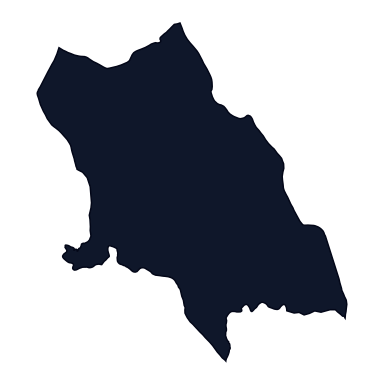 Phine, Savannakhét, Laos (Albers equal-area conic projection)
{"feature_id": "54806243B87203647312357", "entity_name": "Phine", "entity_type": "district", "adm_level": 2, "iso_a3": "LAO", "parent_name": "Laos", "parent_adm1": "Savannakhét", "projection": "albers", "projection_center": [105.988, 16.434], "detail": "fine", "context": "isolated", "style": "filled", "palette": "ink", "viewbox_px": 384, "rotation_deg": 0, "n_neighbors": 0, "source": "geoboundaries", "source_scale": "gbopen_adm2", "svg_char_len": 5860}
<svg xmlns="http://www.w3.org/2000/svg" viewBox="0 0 384 384"><path d="M261.0,133.2L259.0,130.5L256.2,127.4L254.7,124.8L253.4,122.1L252.4,119.2L251.3,117.3L250.2,116.1L248.1,115.3L247.0,115.6L245.0,117.3L243.9,117.9L242.9,118.2L240.6,118.7L239.0,118.5L238.1,118.2L236.1,117.4L234.1,116.6L232.3,115.6L229.9,114.0L228.0,112.0L226.7,109.9L225.1,107.8L223.7,106.3L221.2,105.0L219.3,104.6L217.3,103.6L214.6,101.1L213.8,99.8L212.4,96.9L211.1,92.8L210.9,91.3L211.9,89.4L212.2,86.5L212.0,82.0L211.6,79.4L210.9,77.2L209.7,74.5L207.0,69.1L203.5,63.2L202.2,60.3L198.7,53.6L197.0,51.0L193.1,46.3L189.9,42.7L187.3,39.4L184.8,35.2L183.1,31.3L182.1,28.3L180.0,23.0L177.3,23.9L174.3,24.4L171.3,27.4L170.1,28.7L167.7,31.0L166.4,32.4L164.4,33.8L161.4,36.5L160.3,37.6L160.0,39.0L160.3,39.8L160.6,40.3L160.9,40.8L160.5,41.9L159.9,42.4L159.4,42.6L158.5,42.9L157.2,43.0L155.5,42.7L154.0,43.1L151.2,44.1L149.4,45.3L145.3,47.5L140.9,49.3L139.2,49.9L137.0,50.8L135.4,51.6L133.7,52.8L132.2,54.8L129.5,60.6L127.4,62.3L121.2,65.0L116.6,66.5L109.8,68.1L107.6,68.5L106.8,68.5L105.4,68.0L103.7,67.2L99.4,64.7L96.8,63.3L93.2,61.6L89.1,58.9L87.8,57.9L86.2,57.1L84.5,56.6L80.8,56.4L78.8,56.1L74.5,55.1L70.3,53.4L68.0,52.6L65.5,51.3L63.2,50.3L59.0,47.7L57.0,53.9L54.2,60.5L51.8,64.6L49.2,69.5L48.2,71.3L40.3,86.7L38.5,89.6L38.1,90.9L37.4,92.2L37.2,93.6L37.5,95.2L38.6,98.3L40.4,104.5L43.4,111.2L45.4,114.7L47.3,118.7L51.7,124.8L53.7,126.5L55.9,128.1L58.9,130.5L61.1,132.7L67.2,139.6L69.4,143.1L70.6,145.3L71.1,147.1L71.8,150.6L72.3,152.5L74.3,159.0L74.6,160.7L75.7,164.7L76.0,166.2L76.6,167.6L77.0,168.7L77.1,169.4L82.6,172.2L87.2,177.6L90.2,186.7L91.5,202.8L91.0,207.9L89.3,215.2L90.0,219.6L90.4,226.6L90.2,230.6L91.0,236.1L89.4,240.1L87.8,241.8L84.1,243.6L83.9,243.3L83.2,243.3L82.5,243.5L81.8,243.9L81.5,244.2L81.3,245.4L80.9,246.4L80.6,247.4L80.5,247.7L79.3,248.3L78.9,248.5L78.2,249.6L77.9,250.6L77.7,251.1L77.4,251.2L77.2,251.1L77.0,249.9L76.9,249.6L76.2,249.3L76.0,249.2L75.5,249.3L74.4,250.1L74.2,250.2L73.8,249.9L73.9,249.6L74.3,249.1L74.2,248.7L73.9,248.3L73.7,248.0L73.0,247.6L72.2,247.3L70.7,246.9L69.3,246.0L68.5,245.6L67.4,245.3L66.2,245.1L65.7,245.1L65.4,245.2L65.2,245.5L65.4,246.5L65.0,247.1L65.5,248.1L66.5,249.6L66.8,250.2L66.9,250.8L66.6,251.8L66.3,252.2L63.9,254.0L63.3,254.8L62.6,256.1L62.7,256.6L62.9,257.4L63.4,258.1L63.8,258.6L65.6,260.2L67.6,261.8L69.1,262.6L70.2,262.8L70.8,262.9L72.1,263.2L72.5,263.4L73.0,263.8L73.3,264.2L73.4,264.6L73.5,265.9L73.3,266.1L73.0,266.6L72.7,267.8L72.7,268.4L72.9,269.0L74.1,270.0L74.8,270.1L76.4,269.8L79.6,268.2L82.5,267.2L84.6,267.1L85.8,267.1L86.3,267.0L88.1,267.4L88.6,267.6L89.9,267.7L91.3,267.4L91.8,267.3L93.2,266.6L95.4,264.8L96.7,264.4L99.0,264.1L101.3,264.6L101.7,264.6L103.8,261.8L104.4,261.1L105.6,260.2L107.6,257.9L108.7,257.0L109.1,256.6L109.2,256.3L109.2,255.7L109.1,255.1L108.3,252.5L107.9,250.8L107.8,249.9L107.8,248.4L108.0,247.5L108.3,246.6L108.5,246.2L108.9,245.9L109.5,245.8L110.3,245.8L112.3,246.5L112.9,246.6L114.9,247.5L115.9,248.0L116.9,248.9L117.1,249.4L117.2,250.8L117.6,251.8L117.8,253.6L117.6,254.9L117.7,255.9L117.2,257.3L117.2,258.2L117.4,260.6L117.6,261.5L118.3,262.6L119.5,263.8L121.3,264.5L122.1,264.6L123.2,265.3L124.1,265.6L125.3,265.9L126.4,266.9L127.2,267.0L129.8,268.9L132.2,271.1L133.4,271.8L135.1,272.1L136.9,271.6L139.9,268.5L141.5,267.8L143.1,267.7L144.8,268.1L147.1,269.5L149.8,271.1L151.0,272.0L152.4,273.7L153.8,274.4L155.5,275.1L159.7,275.6L162.2,276.0L165.2,276.3L168.2,276.7L170.8,277.5L172.1,278.1L173.5,279.0L174.9,280.4L176.4,283.1L177.9,285.1L178.5,287.1L179.6,288.5L180.3,289.6L181.8,296.2L183.4,300.3L184.2,305.3L185.2,307.6L184.9,309.9L185.0,313.1L186.0,315.2L187.3,317.7L190.2,321.8L192.7,324.1L199.9,331.9L202.7,334.6L205.3,337.6L209.7,342.1L212.7,345.6L217.6,352.4L220.0,355.0L222.3,357.9L224.8,359.9L225.8,361.0L225.9,360.1L226.5,358.3L227.3,356.8L228.3,354.5L229.1,351.9L229.3,349.9L229.6,349.5L230.0,348.9L230.2,348.0L229.9,346.9L229.9,345.9L229.8,345.3L229.7,344.4L229.6,344.0L229.4,343.6L228.7,343.1L228.7,342.3L228.6,341.7L228.4,341.4L227.9,341.2L227.6,340.9L227.1,339.9L226.5,338.6L225.5,335.3L225.7,334.1L225.6,333.6L225.8,332.8L225.6,332.4L225.6,332.0L226.3,330.9L226.4,330.2L226.4,328.8L226.0,326.6L225.9,324.7L226.4,322.5L226.6,320.6L226.2,318.9L226.1,317.6L226.7,316.7L227.7,315.0L228.9,313.4L230.3,312.1L231.7,311.5L232.9,311.4L235.0,311.5L236.7,311.9L239.2,311.9L240.6,311.8L241.6,311.1L241.8,310.2L241.3,308.9L241.4,308.1L242.6,306.8L244.0,305.3L244.9,304.7L246.4,304.4L247.1,304.6L247.8,305.1L248.4,305.9L249.2,307.0L250.0,308.6L250.3,309.7L250.9,311.0L251.3,311.4L251.9,311.5L252.5,311.1L253.7,309.9L254.4,309.0L256.4,307.4L258.4,304.4L260.1,303.1L261.7,302.2L262.9,302.3L264.5,302.9L266.1,303.8L267.3,305.1L268.2,306.5L269.1,307.1L272.2,308.2L274.2,309.0L276.4,309.4L277.6,309.4L278.8,308.9L279.8,307.9L280.5,306.8L281.6,305.7L282.6,304.8L283.5,304.5L284.4,304.5L285.4,305.2L286.4,307.5L286.7,309.2L286.8,310.8L294.1,313.0L299.1,312.4L304.1,314.9L309.4,313.4L314.7,310.9L321.0,312.2L330.1,309.7L335.4,309.7L337.6,311.9L340.5,314.2L341.4,315.0L341.9,315.5L342.2,315.8L342.6,316.1L342.9,316.2L343.4,316.1L343.7,316.1L344.2,316.5L344.7,317.2L344.9,317.8L345.1,318.1L345.2,317.1L345.3,316.1L345.4,314.5L346.0,311.5L346.2,309.3L346.8,304.3L346.3,300.5L346.1,299.8L344.5,296.6L343.6,294.2L341.8,290.3L341.5,288.4L339.8,282.6L339.0,279.0L338.6,277.7L325.4,236.1L324.5,234.5L323.8,232.4L322.8,230.7L321.1,229.0L319.7,227.9L318.0,226.9L315.4,225.9L313.9,225.5L307.9,225.1L306.2,225.2L304.0,225.2L303.0,224.9L301.9,223.8L299.9,221.3L294.0,210.5L292.9,207.8L290.8,204.2L287.7,197.4L286.0,194.3L284.2,190.7L283.4,188.1L283.0,183.9L282.5,180.2L282.2,176.5L282.9,171.9L283.8,168.4L283.6,163.8L282.5,161.0L281.6,158.4L279.5,155.8L277.2,153.3L274.1,149.0L271.9,147.1L268.5,143.6L265.6,139.8L263.3,136.0L261.0,133.2Z" fill="#0f172a" stroke="#020617" stroke-width="1.5"/></svg>